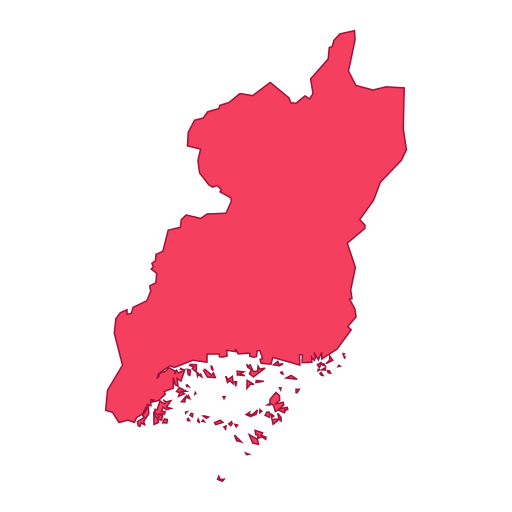 outline of Cam Pha, Quảng Ninh, Vietnam
{"feature_id": "81297802B71504358310710", "entity_name": "Cam Pha", "entity_type": "district", "adm_level": 2, "iso_a3": "VNM", "parent_name": "Vietnam", "parent_adm1": "Quảng Ninh", "projection": "natural_earth1", "projection_center": [107.265, 21.066], "detail": "fine", "context": "isolated", "style": "filled", "palette": "rose", "viewbox_px": 512, "rotation_deg": 0, "n_neighbors": 0, "source": "geoboundaries", "source_scale": "gbopen_adm2", "svg_char_len": 6173}
<svg xmlns="http://www.w3.org/2000/svg" viewBox="0 0 512 512"><path d="M187.4,145.9L200.6,149.1L197.9,160.7L199.6,173.0L208.8,184.8L212.5,187.1L217.2,185.6L221.4,189.7L220.0,191.8L230.8,197.9L231.4,201.0L226.0,213.2L207.0,214.0L200.7,218.4L186.2,215.0L181.2,219.7L180.5,227.2L168.2,230.2L162.8,251.3L155.9,254.4L155.5,260.7L151.9,263.4L153.3,266.9L151.2,269.0L156.7,273.4L155.8,282.8L149.7,285.9L150.7,291.2L146.8,300.8L133.1,307.3L131.4,313.2L127.1,314.3L127.0,309.7L120.3,312.7L115.8,318.8L114.3,333.3L122.5,365.2L107.5,390.3L105.6,410.4L112.5,412.3L118.9,422.5L127.9,420.2L134.4,422.4L136.6,417.6L142.4,414.1L147.5,404.4L150.9,405.8L150.6,399.5L153.6,400.0L151.0,402.3L158.3,400.6L165.4,394.2L164.1,391.6L173.3,388.2L173.2,377.7L175.2,384.7L178.0,386.2L177.1,378.5L180.9,381.1L184.8,369.8L178.5,373.0L176.4,370.2L174.7,374.3L174.9,370.9L169.2,367.8L165.2,371.5L159.6,373.4L158.6,377.0L157.2,377.8L158.7,373.5L169.8,365.9L174.5,367.4L192.8,360.3L207.0,362.2L207.1,354.1L219.2,354.0L219.4,356.8L222.6,357.1L227.1,356.0L226.7,350.3L235.8,351.6L235.5,348.9L238.2,353.9L249.7,353.2L249.8,356.3L253.5,357.2L256.6,356.6L257.0,350.7L259.9,350.6L262.6,358.7L260.0,359.4L261.1,363.3L271.0,364.2L272.8,357.4L299.9,365.1L299.5,354.7L302.5,354.9L302.0,362.7L311.9,362.2L311.6,357.1L314.2,360.4L315.7,357.4L313.9,352.3L318.4,359.8L321.7,352.3L321.8,359.0L337.0,349.1L351.2,329.8L347.7,326.6L356.1,316.8L354.8,308.7L349.6,299.3L352.0,298.6L350.7,289.9L355.4,267.5L347.3,243.1L364.9,228.4L365.0,225.1L359.7,219.6L373.6,200.2L380.3,182.3L401.2,160.5L406.4,149.8L403.3,128.9L404.2,87.9L386.0,86.8L373.0,90.0L355.8,85.4L348.5,71.0L355.1,39.7L354.5,30.7L340.0,33.8L333.9,40.3L332.2,46.7L329.3,47.4L328.2,58.9L310.6,78.9L313.0,93.6L309.6,98.8L304.9,95.9L296.2,103.2L290.9,102.8L289.0,97.9L270.2,82.4L252.6,95.6L240.0,93.5L228.9,102.5L219.8,105.4L218.7,108.6L207.7,111.7L203.2,118.0L194.6,120.2L188.3,132.1L187.4,145.9ZM166.0,401.9L163.2,399.6L165.7,402.1L164.7,403.9L160.0,400.9L157.1,409.8L155.0,409.3L154.6,412.3L158.9,416.9L156.7,417.8L153.8,413.3L154.0,424.5L158.5,422.5L157.9,419.4L161.6,420.2L162.5,415.7L158.2,413.9L164.5,414.1L165.1,411.5L161.5,411.4L163.0,407.3L166.6,409.7L171.1,408.4L166.5,407.1L170.9,400.7L166.0,401.9ZM279.5,395.6L275.9,392.5L270.3,399.0L269.7,403.4L273.4,405.2L275.4,411.6L278.2,409.9L284.4,412.8L285.6,410.4L283.9,409.9L287.8,409.6L287.2,407.3L279.5,408.8L283.8,405.0L283.2,402.2L275.1,404.1L279.7,400.2L279.5,395.6ZM148.8,413.9L148.4,406.3L142.7,415.6L144.2,417.4L137.4,421.6L138.1,425.7L139.9,426.5L141.1,423.0L144.7,424.8L143.7,421.3L148.8,413.9ZM248.1,366.4L246.5,364.2L247.8,367.3L251.4,369.7L249.4,373.7L253.4,376.9L265.1,368.1L259.8,369.1L258.1,366.1L257.5,371.1L253.3,371.6L250.1,364.8L248.1,366.4ZM262.6,432.8L255.0,430.3L255.8,434.8L258.2,435.2L257.5,438.4L262.1,436.9L265.7,439.4L266.0,437.1L261.2,435.4L262.6,432.8ZM186.4,391.3L179.4,387.6L176.5,391.5L179.9,392.9L178.5,396.3L184.4,393.8L181.2,391.6L186.4,391.3ZM257.4,439.3L249.2,434.6L252.7,443.1L258.5,444.3L257.4,439.3ZM211.7,375.1L205.0,369.3L203.6,370.6L207.5,377.1L215.4,377.6L213.4,372.8L211.7,375.1ZM228.1,379.5L225.7,376.1L227.5,382.6L229.8,380.8L233.2,383.7L232.3,376.4L228.1,379.5ZM256.0,414.4L257.6,409.9L252.5,414.5L248.8,414.6L249.6,412.2L246.1,414.6L250.5,416.5L256.0,414.4ZM297.1,379.3L291.1,375.4L286.2,378.0L297.1,379.3ZM273.1,424.3L277.8,420.6L277.7,419.1L272.0,419.4L273.1,424.3ZM196.4,364.7L190.4,364.3L189.6,365.5L193.8,366.8L192.3,368.7L196.1,371.9L196.4,364.7ZM243.7,371.8L237.1,371.2L237.4,375.1L243.7,371.8ZM278.7,364.3L277.8,361.4L273.4,364.8L279.5,365.8L283.2,363.7L278.7,364.3ZM253.9,384.4L247.1,380.3L246.9,388.4L250.4,384.2L253.9,384.4ZM263.8,381.3L256.2,380.5L255.9,382.5L263.8,381.3ZM325.9,363.6L332.8,360.4L329.7,356.0L329.5,360.4L325.9,363.6ZM220.3,479.6L218.8,476.2L217.5,479.3L222.4,481.3L224.2,479.2L220.3,479.6ZM241.3,441.9L234.5,435.1L236.6,440.8L241.3,441.9ZM270.3,414.5L268.9,412.0L266.9,412.0L265.1,415.3L269.4,417.2L270.3,414.5ZM319.4,367.8L321.4,363.2L321.2,362.5L317.4,364.7L319.4,367.8ZM222.9,422.4L220.2,420.2L214.5,422.6L215.7,424.6L222.9,422.4ZM187.3,369.3L188.2,374.6L189.8,375.4L190.5,370.1L187.3,369.3ZM184.8,402.0L185.9,396.4L181.4,401.7L184.8,402.0ZM281.1,421.1L281.1,417.5L277.7,413.2L279.1,419.5L281.1,421.1ZM167.4,419.5L164.4,418.9L162.6,422.8L166.9,423.0L167.4,419.5ZM321.5,369.8L325.3,370.1L325.5,367.7L321.5,369.8ZM230.8,425.7L232.2,423.6L231.5,421.6L228.7,423.9L230.8,425.7ZM299.3,389.3L296.0,389.3L296.0,392.5L297.0,392.8L299.3,389.3ZM192.4,416.8L192.8,413.9L191.2,413.3L190.0,415.3L192.4,416.8ZM208.6,417.0L204.4,415.9L203.1,416.0L206.4,418.3L208.6,417.0ZM259.8,412.7L261.8,411.2L259.9,409.6L259.8,412.7ZM244.9,375.7L241.6,374.3L239.7,375.1L244.9,375.7ZM187.0,397.5L189.8,398.6L188.2,395.5L187.0,397.5ZM235.8,386.2L236.6,381.8L234.7,381.6L235.8,386.2ZM330.6,373.2L329.3,370.7L327.4,370.7L328.2,372.9L330.6,373.2ZM237.7,425.1L234.8,424.4L236.2,426.9L237.7,425.1ZM271.5,417.7L273.8,416.1L271.9,414.4L271.5,417.7ZM323.0,375.5L321.2,372.4L319.9,373.5L321.4,375.3L323.0,375.5ZM199.7,422.9L198.2,419.2L197.6,421.2L199.7,422.9ZM225.6,429.2L226.1,425.9L223.8,426.9L225.6,429.2ZM325.1,365.9L323.7,363.6L322.1,364.1L322.5,365.1L325.1,365.9ZM267.4,404.9L269.8,405.0L269.5,403.7L267.4,404.9ZM213.2,370.6L212.0,366.4L211.2,366.2L211.4,368.7L213.2,370.6ZM246.6,454.7L248.9,454.2L245.6,453.0L246.6,454.7ZM202.0,421.3L204.4,421.8L203.1,419.9L202.0,421.3ZM189.7,420.7L188.2,418.3L187.5,418.7L187.5,420.6L189.7,420.7ZM282.9,374.2L282.5,372.1L280.8,372.2L281.1,373.3L282.9,374.2ZM189.0,386.8L187.3,384.9L186.3,385.2L186.7,386.3L189.0,386.8ZM201.9,376.9L200.6,374.0L198.6,375.0L201.9,376.9ZM194.9,394.3L196.0,393.5L195.3,392.5L194.9,394.3ZM225.1,396.6L223.0,396.7L224.0,398.7L225.1,396.6ZM180.3,369.5L182.4,369.2L180.5,368.4L180.3,369.5ZM185.7,413.3L187.1,411.7L185.5,412.1L185.7,413.3ZM338.1,366.6L340.2,366.1L338.9,365.3L338.1,366.6ZM318.0,370.9L319.5,369.9L318.0,369.4L318.0,370.9ZM197.5,376.2L198.5,374.0L197.7,372.7L197.0,373.4L197.5,376.2ZM280.6,389.9L281.1,387.9L279.5,387.8L280.6,389.9ZM343.1,354.4L345.0,353.9L343.1,353.5L343.1,354.4ZM344.7,358.6L345.0,356.6L343.8,356.0L344.7,358.6Z" fill="#f43f5e" stroke="#9f1239" stroke-width="1.5"/></svg>